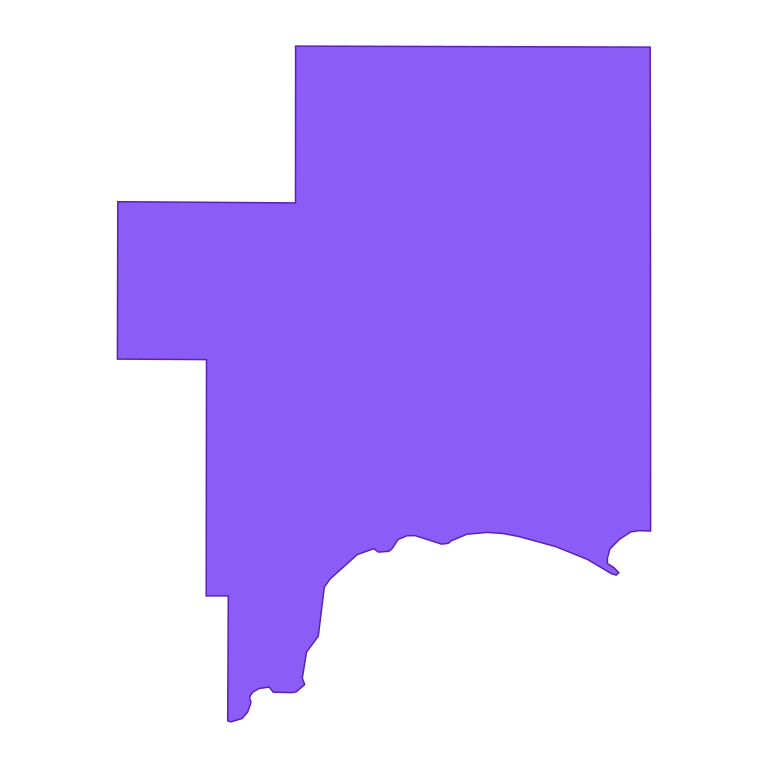 outline of Schoolcraft, Michigan, United States of America
{"feature_id": "52423323B71997866785230", "entity_name": "Schoolcraft", "entity_type": "district", "adm_level": 2, "iso_a3": "USA", "parent_name": "United States of America", "parent_adm1": "Michigan", "projection": "natural_earth1", "projection_center": [-86.228, 46.131], "detail": "fine", "context": "isolated", "style": "filled", "palette": "violet", "viewbox_px": 768, "rotation_deg": 0, "n_neighbors": 0, "source": "geoboundaries", "source_scale": "gbopen_adm2", "svg_char_len": 826}
<svg xmlns="http://www.w3.org/2000/svg" viewBox="0 0 768 768"><path d="M117.4,359.1L206.5,359.6L206.2,595.9L228.3,595.9L227.7,720.8L230.8,721.9L242.1,718.5L247.6,712.1L250.2,705.0L251.0,701.9L249.7,698.7L250.1,696.0L252.7,692.2L259.0,688.5L269.1,687.1L273.3,692.2L291.7,692.6L296.1,691.9L304.7,684.6L302.3,678.1L306.5,652.1L318.3,636.1L324.3,587.1L330.2,578.9L357.2,554.6L373.7,548.7L378.5,552.1L388.8,551.3L392.0,548.8L398.1,539.5L406.8,535.8L415.1,535.6L441.5,544.1L448.1,543.4L451.3,540.8L467.0,534.2L487.5,532.4L503.6,533.6L518.7,536.5L555.7,546.6L587.6,559.5L611.4,573.7L616.3,575.1L618.8,572.7L613.8,567.5L607.5,563.6L607.4,558.2L609.9,549.0L619.5,539.3L630.8,531.9L638.5,530.7L650.6,531.0L650.5,281.6L650.2,47.1L295.6,46.1L295.5,202.9L117.8,201.7L117.4,359.1Z" fill="#8b5cf6" stroke="#5b21b6" stroke-width="1.5"/></svg>